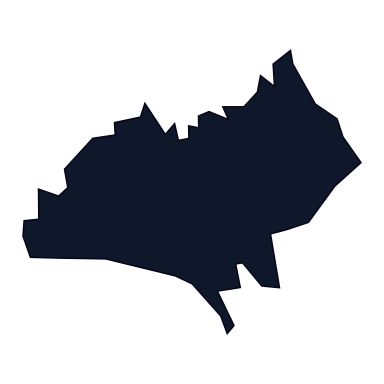 the district of Hamblen, Tennessee, United States of America
{"feature_id": "52423323B13486239193987", "entity_name": "Hamblen", "entity_type": "district", "adm_level": 2, "iso_a3": "USA", "parent_name": "United States of America", "parent_adm1": "Tennessee", "projection": "mercator", "projection_center": [-83.267, 36.215], "detail": "fine", "context": "isolated", "style": "filled", "palette": "ink", "viewbox_px": 384, "rotation_deg": 0, "n_neighbors": 0, "source": "geoboundaries", "source_scale": "gbopen_adm2", "svg_char_len": 740}
<svg xmlns="http://www.w3.org/2000/svg" viewBox="0 0 384 384"><path d="M287.4,229.4L308.4,222.4L334.9,186.1L361.0,162.6L342.9,136.8L337.1,118.9L315.3,104.0L292.8,63.9L290.5,50.4L273.1,64.1L274.5,86.6L260.5,75.6L257.4,92.1L243.9,106.8L222.8,106.8L228.4,119.5L209.0,111.6L198.5,116.0L198.7,127.8L188.6,125.8L188.9,138.4L178.4,140.4L174.6,123.6L165.3,134.4L144.9,103.4L140.4,117.1L114.5,122.6L115.2,135.0L92.8,138.3L64.5,169.2L67.8,187.6L58.6,196.1L38.5,189.1L38.8,219.2L24.1,220.7L23.0,236.2L30.4,257.3L59.2,258.1L105.7,258.9L175.3,275.9L192.2,283.9L220.7,316.0L227.2,333.6L234.0,325.6L217.4,291.1L240.3,287.5L235.7,264.0L242.5,262.8L261.8,286.0L279.5,287.7L270.5,233.9L287.4,229.4Z" fill="#0f172a" stroke="#020617" stroke-width="1.5"/></svg>